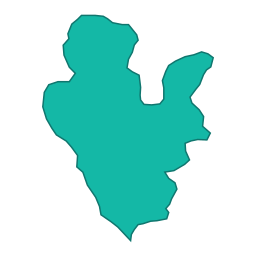 Trachonas, Cyprus
{"feature_id": "46923920B71811128536936", "entity_name": "Trachonas", "entity_type": "district", "adm_level": 2, "iso_a3": "CYP", "parent_name": "Cyprus", "parent_adm1": "", "projection": "orthographic", "projection_center": [33.353, 35.206], "detail": "fine", "context": "isolated", "style": "filled", "palette": "teal", "viewbox_px": 256, "rotation_deg": 0, "n_neighbors": 0, "source": "geoboundaries", "source_scale": "gbopen_adm2", "svg_char_len": 1200}
<svg xmlns="http://www.w3.org/2000/svg" viewBox="0 0 256 256"><path d="M130.6,240.6L131.4,234.4L134.3,229.5L138.1,224.6L143.0,223.7L150.7,221.2L157.0,220.7L166.7,218.8L168.7,212.5L165.8,208.6L169.6,204.2L171.6,198.8L176.9,189.1L175.0,182.8L168.7,178.4L164.8,172.1L174.0,170.6L184.7,164.3L189.5,159.9L185.6,151.1L185.1,143.3L191.0,140.9L197.7,139.5L206.9,139.9L210.3,133.1L202.6,126.3L203.6,116.6L199.2,109.8L191.9,103.0L190.0,97.1L195.8,89.3L199.7,84.5L203.5,74.7L206.5,69.9L210.8,66.9L213.2,57.7L207.9,53.8L201.6,51.9L193.9,54.8L185.1,56.7L175.5,61.1L168.7,65.5L165.8,71.3L162.4,80.6L163.8,87.9L163.8,99.1L159.9,103.9L151.7,104.9L144.0,104.4L140.6,100.0L140.1,95.2L140.6,87.4L139.1,75.2L132.3,71.8L127.0,67.9L128.5,59.2L132.3,52.3L134.3,45.0L138.1,40.2L136.7,34.8L128.5,24.6L122.2,24.6L112.5,22.7L107.6,18.8L103.3,16.3L95.0,15.4L81.5,15.4L77.6,19.3L71.8,24.1L67.9,33.8L68.9,38.7L63.2,45.2L64.0,55.1L69.3,67.2L75.3,73.3L69.3,81.7L57.9,81.7L48.8,84.7L44.3,92.3L42.8,106.8L46.5,118.9L51.8,128.1L56.4,134.9L66.2,141.0L71.5,147.1L77.6,155.5L76.8,166.9L82.9,172.2L87.4,185.1L95.7,197.3L99.5,206.4L101.0,214.8L110.9,221.6L117.7,226.9L130.6,240.6Z" fill="#14b8a6" stroke="#0f766e" stroke-width="1.5"/></svg>